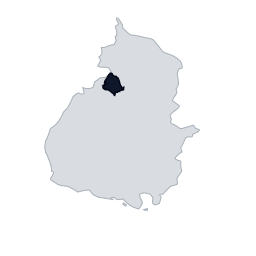 Thala Barivat, Stœng Trêng, Cambodia (highlighted), rotated 305°
{"feature_id": "14789045B9277653142269", "entity_name": "Thala Barivat", "entity_type": "district", "adm_level": 2, "iso_a3": "KHM", "parent_name": "Cambodia", "parent_adm1": "Stœng Trêng", "projection": "albers", "projection_center": [105.709, 13.631], "detail": "fine", "context": "in_parent", "style": "filled", "palette": "ink", "viewbox_px": 256, "rotation_deg": 305, "n_neighbors": 0, "source": "geoboundaries", "source_scale": "gbopen_adm2", "svg_char_len": 5625}
<svg xmlns="http://www.w3.org/2000/svg" viewBox="0 0 256 256"><g transform="rotate(305 128 128)"><path d="M211.6,55.5L212.1,57.4L210.8,60.9L209.3,64.1L206.6,66.9L206.5,68.9L205.6,75.1L206.0,77.0L206.6,78.7L207.5,79.6L210.0,85.5L212.2,91.0L214.3,95.4L214.7,98.3L212.8,105.4L210.6,112.0L210.8,115.3L211.8,118.6L212.9,123.0L213.3,128.6L212.8,132.2L211.8,134.5L209.8,136.8L208.1,138.0L206.0,136.1L204.3,136.0L202.1,136.6L200.3,137.5L196.8,141.0L192.8,144.3L187.3,145.2L185.2,147.7L182.9,148.0L178.6,148.1L175.8,148.7L175.9,150.0L175.7,155.8L175.7,157.2L175.3,157.6L173.3,157.7L170.0,156.8L165.5,155.4L162.3,155.2L160.7,157.7L159.7,158.7L158.5,158.9L157.2,159.3L156.8,160.5L156.7,161.9L157.3,164.3L157.5,168.2L157.4,170.8L158.5,172.5L165.4,178.1L167.5,179.5L167.7,180.3L166.5,183.4L167.6,187.7L165.4,187.6L161.8,185.8L160.1,184.6L158.0,185.5L157.3,185.4L155.9,183.3L154.0,181.1L152.1,181.0L148.1,181.8L144.0,182.4L142.4,182.4L141.8,182.8L139.4,186.0L138.4,185.4L134.2,184.2L130.5,183.7L129.7,184.5L130.1,187.2L131.0,189.7L130.5,190.8L128.4,192.1L125.6,194.5L124.0,196.4L122.8,196.9L118.6,196.8L114.4,197.0L112.8,198.8L111.2,200.1L109.8,200.5L104.4,196.1L93.6,194.5L92.4,192.5L91.4,192.2L90.4,194.7L84.4,197.0L82.0,195.6L80.2,193.8L80.4,191.6L82.2,189.9L85.1,188.6L86.5,184.2L84.3,178.5L82.4,176.8L80.3,175.5L78.1,177.6L76.3,181.2L74.3,183.0L71.6,183.4L67.7,183.2L66.2,177.8L65.7,173.2L66.3,167.9L67.0,164.8L63.2,160.4L63.0,156.3L61.2,154.2L60.7,155.2L60.7,156.4L60.2,155.5L54.3,143.4L53.4,137.8L54.5,133.5L55.1,132.1L53.4,129.8L51.0,127.2L46.8,123.7L46.5,118.4L45.7,112.1L44.4,109.9L42.5,106.0L41.5,102.8L41.3,94.3L41.8,93.6L44.8,93.4L48.7,92.8L49.4,91.5L48.7,90.3L51.2,88.4L54.8,84.3L57.6,79.9L59.6,77.1L60.8,74.4L64.9,70.5L70.4,67.9L74.1,67.3L78.0,66.4L81.8,65.1L83.5,65.0L88.2,66.6L90.6,67.1L93.3,67.1L96.0,67.2L98.4,67.1L104.0,66.0L110.1,66.9L115.4,66.3L122.1,65.0L125.3,65.8L128.3,67.1L128.7,69.7L129.4,70.9L130.4,71.8L131.7,71.8L133.4,70.0L134.8,68.2L135.3,67.8L135.4,68.7L136.1,70.7L137.3,72.7L138.6,74.1L140.7,75.8L142.1,75.9L146.7,74.2L153.5,76.7L154.3,77.9L156.5,80.3L158.9,82.1L164.2,82.2L166.1,77.9L165.2,75.2L162.1,70.6L161.3,67.9L162.3,67.5L167.4,66.9L168.2,66.4L169.4,63.4L170.8,63.8L173.6,64.1L176.6,62.1L178.4,60.0L179.3,60.9L180.4,62.4L181.6,63.3L183.7,64.6L186.1,66.4L187.6,68.1L188.8,68.8L191.9,68.3L192.7,68.4L194.4,66.2L195.7,65.0L196.7,65.4L198.3,65.3L201.4,62.6L203.2,60.0L204.2,59.4L207.1,60.6L208.2,60.3L209.8,56.9L211.6,55.5ZM64.2,170.7L63.6,171.0L63.1,171.0L62.5,170.5L62.6,168.5L63.0,167.3L64.0,167.1L64.2,170.7ZM73.1,189.9L71.8,191.2L69.9,188.4L70.0,187.7L73.1,189.9Z" fill="#d9dde1" stroke="#a8b0b8" stroke-width="1"/><path d="M147.0,98.3L147.1,98.2L147.9,98.1L148.2,98.0L148.3,98.0L148.5,97.9L148.9,97.8L148.9,97.7L149.2,97.6L149.4,97.4L149.5,97.3L149.6,97.2L149.9,97.2L150.0,97.2L150.0,97.3L150.3,97.5L150.5,97.7L150.6,97.8L150.8,97.9L150.8,98.0L150.9,98.3L151.0,98.3L151.2,98.6L151.2,98.8L151.3,98.9L151.5,98.9L151.8,98.9L151.9,99.0L152.0,99.0L152.3,99.1L152.5,99.1L152.6,99.3L152.6,99.2L152.6,99.3L152.9,99.4L152.9,99.5L153.0,99.7L153.1,99.8L153.3,99.9L153.3,100.0L153.5,99.9L153.5,100.0L153.8,100.0L154.0,100.2L154.3,100.3L154.5,100.4L154.7,100.5L154.8,100.6L155.0,100.8L155.3,101.0L155.5,101.2L155.6,101.4L155.7,101.5L155.8,101.5L156.0,101.7L156.1,101.8L156.2,102.0L156.3,102.1L156.5,102.2L156.7,102.3L156.8,102.3L157.0,102.3L157.4,102.1L157.5,101.9L157.8,101.7L158.1,101.4L158.3,101.3L158.6,101.3L158.8,101.3L158.9,101.2L158.5,101.1L158.3,101.0L157.9,100.8L157.7,100.7L157.5,100.3L157.5,100.1L157.5,99.8L157.6,99.6L157.8,99.3L158.1,99.0L158.3,98.8L158.4,98.5L158.5,97.5L158.7,97.2L159.3,96.3L159.5,96.1L159.7,95.9L159.8,95.8L159.9,95.5L160.0,95.4L160.4,95.1L160.5,95.0L160.9,94.6L161.1,94.3L161.1,94.2L161.3,93.9L161.9,93.3L162.0,93.2L162.3,92.6L162.4,92.3L162.5,92.1L162.7,91.7L162.8,91.5L162.9,91.4L163.0,91.4L163.0,91.5L163.2,91.4L163.2,91.2L163.2,90.7L163.2,90.2L163.0,89.8L163.0,89.6L163.1,89.4L163.4,89.1L163.5,88.9L163.5,88.7L163.3,88.3L163.1,88.0L162.9,87.7L162.6,87.0L162.5,86.7L162.5,86.2L162.6,85.9L162.6,85.3L162.7,84.9L163.0,84.5L163.3,84.1L163.3,83.9L163.4,83.7L163.4,83.4L163.4,83.2L163.2,82.9L163.1,82.7L162.8,82.4L162.6,82.0L162.4,82.0L162.3,81.9L162.2,81.9L161.9,81.9L161.7,81.9L161.7,82.0L161.1,82.0L160.9,81.9L160.7,81.8L160.3,81.7L159.4,81.9L159.2,81.9L158.7,81.6L158.5,81.8L158.2,82.0L157.7,82.2L157.1,82.1L156.4,82.1L156.0,82.1L155.3,82.1L154.6,82.2L154.1,82.1L153.7,82.2L153.0,82.2L152.7,82.3L152.4,82.5L152.2,82.6L152.2,82.8L152.3,82.9L152.2,82.9L152.3,83.0L152.3,83.3L152.5,83.5L152.6,83.4L152.7,83.5L152.7,83.8L152.6,84.0L152.4,84.0L152.2,84.0L151.9,84.0L151.7,84.1L151.4,84.0L151.4,83.9L151.2,83.8L151.1,83.7L151.0,83.8L150.9,83.8L150.7,83.9L150.6,84.0L150.4,83.9L150.4,84.0L150.3,83.9L150.2,83.9L150.2,84.0L149.9,84.1L149.8,84.3L149.5,84.3L149.5,84.2L149.4,84.2L149.2,84.0L149.2,83.9L149.0,83.7L148.9,83.6L148.7,83.5L148.6,83.4L148.6,83.5L148.4,83.4L148.2,83.4L148.1,83.5L147.9,83.6L147.8,83.8L147.7,83.8L147.5,84.0L147.4,84.0L147.2,84.1L146.9,84.2L146.8,84.4L146.7,84.4L146.6,84.5L146.5,84.8L146.4,84.9L146.4,85.0L146.3,85.3L146.3,85.6L146.5,85.8L146.5,86.0L146.4,86.2L146.4,86.3L146.5,86.4L146.6,86.5L146.5,86.8L146.4,86.9L146.4,87.0L146.4,87.4L146.5,87.5L146.7,87.8L146.7,88.0L147.0,88.1L147.2,88.3L147.3,88.7L147.7,89.4L147.9,90.0L147.9,90.4L148.0,90.6L148.1,91.0L148.1,91.3L148.0,91.5L147.9,91.8L148.0,92.1L148.0,92.3L148.0,93.2L147.9,93.6L147.8,94.3L147.8,94.6L147.7,94.9L147.8,95.7L147.8,95.8L147.8,96.3L147.8,96.5L147.7,96.9L147.4,97.2L147.2,97.5L147.0,97.9L147.0,98.0L146.9,98.1L147.0,98.3Z" fill="#0f172a" stroke="#020617" stroke-width="1.5"/></g></svg>